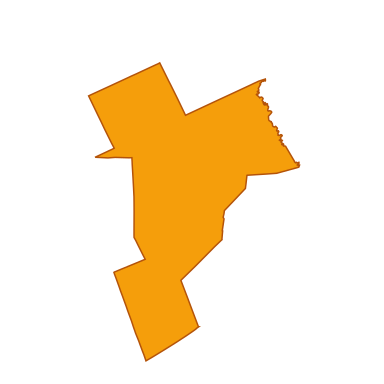 Urzicuta, Dolj, Romania (orthographic projection), rotated 334°
{"feature_id": "2599482B75769087144528", "entity_name": "Urzicuta", "entity_type": "district", "adm_level": 2, "iso_a3": "ROU", "parent_name": "Romania", "parent_adm1": "Dolj", "projection": "orthographic", "projection_center": [23.579, 44.001], "detail": "fine", "context": "isolated", "style": "filled", "palette": "amber", "viewbox_px": 384, "rotation_deg": 334, "n_neighbors": 0, "source": "geoboundaries", "source_scale": "gbopen_adm2", "svg_char_len": 5334}
<svg xmlns="http://www.w3.org/2000/svg" viewBox="0 0 384 384"><g transform="rotate(334 192 192)"><path d="M135.5,316.9L136.0,316.6L138.9,316.1L138.7,316.0L141.0,291.4L141.6,285.2L143.3,266.5L163.5,259.8L188.0,251.2L197.3,248.2L198.1,248.0L198.4,247.2L202.5,240.4L202.2,240.1L209.0,230.2L208.9,228.4L211.1,225.7L213.0,222.9L241.1,212.4L241.5,212.3L244.0,208.5L248.7,201.1L248.9,201.1L259.8,205.6L267.1,208.6L276.3,212.3L298.8,216.5L298.9,216.3L299.0,216.2L299.3,216.0L299.5,215.9L300.2,215.3L300.3,215.0L300.4,214.9L300.2,214.8L300.1,214.7L299.9,214.7L299.6,214.9L299.3,215.0L299.2,215.0L298.7,214.0L298.5,213.9L298.7,213.6L299.0,213.6L299.6,213.6L299.8,213.6L300.5,213.3L300.6,213.2L300.9,212.8L301.1,212.2L300.8,212.1L300.7,212.1L300.0,212.7L299.8,212.4L299.4,211.8L299.2,211.6L298.9,211.1L298.6,211.1L298.4,211.1L298.1,211.3L297.9,211.2L297.7,210.7L297.5,210.1L297.4,210.0L297.4,209.9L297.4,209.6L297.5,209.5L297.5,209.3L297.5,208.9L296.4,195.2L296.3,194.1L296.2,192.0L295.5,191.2L294.7,191.0L294.4,190.8L294.4,190.6L294.4,190.3L294.4,190.0L294.9,189.6L295.3,189.3L295.2,188.8L294.6,188.9L294.2,189.1L293.8,189.0L293.6,188.8L293.5,188.7L294.0,188.1L294.3,187.9L294.5,187.8L294.4,187.3L294.3,186.9L294.0,186.6L293.9,186.5L293.9,186.2L294.0,186.0L294.7,185.8L295.1,185.7L295.7,185.4L295.8,185.3L295.6,185.1L295.5,184.8L295.4,184.6L295.2,184.5L294.9,184.5L294.3,184.5L293.9,184.5L293.6,184.3L293.3,184.0L293.2,183.8L293.3,183.7L293.9,183.6L294.7,183.4L295.1,183.2L295.3,182.5L295.5,181.7L296.2,181.5L296.4,181.5L296.7,181.3L297.4,181.1L297.7,181.0L297.8,180.8L297.8,180.4L297.6,180.0L297.3,179.6L297.1,179.5L296.9,179.4L296.4,179.4L296.2,179.4L295.9,179.5L295.7,179.6L295.3,179.3L295.0,179.3L294.6,179.1L294.3,178.8L294.2,178.6L294.4,178.3L294.7,178.0L294.8,177.7L294.7,177.3L294.7,177.2L295.0,176.8L295.4,176.4L295.7,176.2L296.0,176.2L296.4,175.9L296.5,175.6L296.4,175.3L296.3,175.2L296.4,174.9L295.8,174.7L295.1,174.5L295.0,174.1L295.0,173.9L295.9,172.9L296.6,172.3L296.7,171.8L296.4,171.1L296.3,170.7L296.1,169.9L296.0,169.7L295.9,169.6L295.1,169.7L294.8,169.8L294.5,169.7L294.1,169.2L293.5,168.3L293.5,167.7L293.6,167.3L293.8,167.0L293.9,166.5L294.1,165.8L294.3,165.5L294.0,165.1L293.9,164.7L294.0,164.4L293.9,164.1L293.8,163.9L293.9,163.5L294.0,163.4L293.8,163.2L293.7,163.1L293.4,163.1L293.2,162.4L292.6,161.6L292.6,160.8L292.9,159.9L293.4,158.7L293.6,158.0L294.2,157.2L295.4,156.8L297.2,156.1L298.3,155.5L298.6,155.3L298.7,154.8L298.6,154.2L298.3,153.9L297.9,153.4L297.3,153.0L296.7,152.8L296.3,152.8L296.1,152.6L295.8,152.1L295.9,151.9L296.6,150.6L297.3,150.1L297.9,149.4L298.2,148.5L298.1,148.2L297.9,148.0L297.7,147.8L297.6,147.4L297.7,147.0L297.9,146.7L298.1,146.5L298.3,146.3L298.4,146.1L298.4,145.8L298.3,145.6L298.0,145.4L297.7,145.5L297.4,145.7L297.1,145.9L296.7,145.9L296.3,145.9L295.7,145.7L295.4,145.6L295.2,145.4L295.0,144.9L295.0,144.6L295.4,144.6L295.6,144.6L295.9,144.9L296.1,145.3L296.4,145.0L296.5,144.9L296.6,144.6L296.7,144.3L296.8,144.1L297.0,143.9L296.9,143.7L296.7,143.7L296.6,143.8L296.3,143.9L296.1,144.0L295.9,143.8L295.6,143.7L295.3,143.6L295.0,143.3L295.0,143.1L295.0,142.9L295.2,142.7L295.5,142.5L295.7,142.4L295.7,142.2L295.5,141.9L295.3,141.1L295.2,140.8L295.2,140.6L295.3,140.4L295.5,140.1L296.1,139.8L296.6,139.4L296.9,139.0L296.8,138.6L296.5,137.8L296.4,137.5L296.3,137.4L296.0,137.1L295.6,137.0L295.3,137.0L295.1,136.9L294.8,137.0L294.5,137.0L294.1,137.0L294.1,136.7L293.9,136.0L293.4,134.7L293.2,134.0L293.1,133.5L292.8,133.2L292.7,133.1L292.6,132.9L292.6,132.6L292.8,132.5L293.2,132.4L293.5,132.4L293.8,132.7L294.1,132.8L294.4,132.9L294.9,132.8L295.2,132.6L295.8,132.3L296.0,131.9L296.0,131.6L295.5,131.5L295.1,131.3L294.8,130.9L294.7,130.7L294.8,130.3L295.3,130.2L296.0,130.1L296.5,130.0L296.7,129.7L296.7,129.4L297.0,128.9L297.0,128.7L296.9,128.4L296.9,128.2L297.2,127.8L297.8,127.4L298.8,126.7L299.0,126.5L299.9,125.8L300.6,125.6L300.6,124.7L300.6,124.3L301.0,124.0L301.4,124.1L301.5,124.2L302.0,124.1L302.8,123.5L303.2,123.0L303.5,123.0L303.8,123.1L304.1,123.5L304.3,123.7L304.6,123.8L305.1,123.6L305.6,123.5L305.8,123.6L306.0,123.9L306.2,124.2L306.3,124.3L306.6,124.3L306.9,123.9L307.2,123.4L307.2,123.1L307.4,122.6L305.4,122.3L302.6,121.9L301.1,121.7L300.4,121.6L298.4,121.6L294.9,121.5L292.2,121.5L286.8,121.4L275.3,121.2L255.2,120.8L219.8,120.2L219.9,101.6L219.8,86.2L219.7,82.0L219.6,64.8L219.6,62.0L219.6,61.8L217.5,61.9L215.6,61.8L210.1,61.7L199.1,61.5L193.5,61.4L187.6,61.2L185.9,61.2L180.4,61.1L165.2,60.8L143.1,60.3L141.2,60.3L141.1,80.4L141.1,89.3L141.0,97.7L141.1,113.0L141.3,118.5L139.3,118.6L135.1,118.5L133.4,118.5L127.4,118.4L120.7,118.3L120.7,118.6L131.4,124.5L138.1,127.2L150.5,133.7L152.8,134.7L153.0,134.8L151.6,138.2L150.4,140.9L145.7,152.2L141.6,161.9L137.8,170.8L135.1,176.5L132.7,181.5L131.4,184.2L120.9,205.5L120.1,207.3L120.0,207.5L120.2,210.8L120.2,212.4L120.2,213.8L120.2,216.8L120.3,225.7L120.4,230.8L120.4,232.0L119.6,231.9L109.4,231.3L95.3,230.4L87.1,229.9L86.6,230.0L86.5,231.0L86.4,231.2L86.2,233.3L85.9,236.6L85.2,242.9L85.0,244.8L84.4,249.6L84.0,253.9L83.1,262.4L82.8,265.4L82.2,270.2L81.9,273.0L81.1,281.1L80.2,287.6L79.8,291.1L79.4,294.1L78.8,302.9L78.5,305.4L77.7,313.5L77.4,317.2L76.6,323.6L85.4,322.9L92.8,322.2L100.7,321.4L105.5,320.9L112.9,320.1L125.3,318.5L131.4,317.6L135.5,316.9Z" fill="#f59e0b" stroke="#b45309" stroke-width="1.5"/></g></svg>